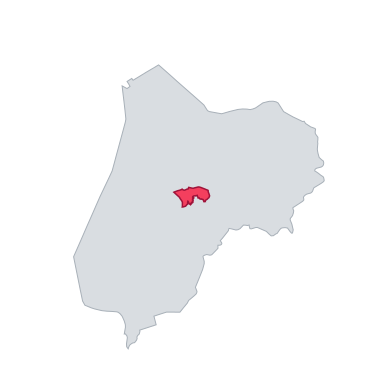 location of Al-Falluja, Al-Anbar, Iraq, rotated 73°
{"feature_id": "34846034B2556059967776", "entity_name": "Al-Falluja", "entity_type": "district", "adm_level": 2, "iso_a3": "IRQ", "parent_name": "Iraq", "parent_adm1": "Al-Anbar", "projection": "natural_earth1", "projection_center": [43.931, 33.191], "detail": "fine", "context": "in_parent", "style": "filled", "palette": "rose", "viewbox_px": 384, "rotation_deg": 73, "n_neighbors": 0, "source": "geoboundaries", "source_scale": "gbopen_adm2", "svg_char_len": 5682}
<svg xmlns="http://www.w3.org/2000/svg" viewBox="0 0 384 384"><g transform="rotate(73 192 192)"><path d="M157.1,64.1L159.7,63.4L164.4,59.5L167.2,55.8L168.1,55.5L170.6,56.7L172.4,57.0L176.5,55.6L178.9,56.4L181.0,57.3L182.1,57.4L187.6,59.6L189.0,59.9L191.8,60.2L196.1,60.3L198.8,58.8L200.7,57.4L202.1,57.4L203.4,57.8L204.5,58.4L205.4,59.5L205.9,61.0L205.7,66.0L206.1,67.3L206.9,68.2L207.8,68.4L209.0,67.3L211.0,65.7L213.5,64.0L215.3,62.5L216.3,61.9L218.0,62.0L219.6,62.2L220.5,63.0L221.4,65.6L223.6,74.2L224.9,75.3L226.3,76.3L227.3,77.6L227.7,78.8L227.6,80.9L227.6,83.2L228.2,85.0L229.0,86.4L229.8,87.0L230.9,87.1L232.3,87.4L233.2,88.8L236.1,98.7L236.4,100.0L237.7,100.4L239.7,100.2L241.7,101.2L244.0,102.8L246.1,105.8L247.5,106.3L251.8,105.9L257.8,106.3L260.6,107.9L260.4,108.9L258.2,109.9L254.4,111.2L253.3,113.3L252.7,116.1L252.8,117.6L253.8,119.3L256.5,122.7L256.6,124.0L257.1,125.7L257.6,126.8L257.1,129.1L254.6,130.7L251.4,132.4L245.0,139.9L244.6,141.5L244.6,146.0L244.0,147.3L241.9,147.3L240.3,147.0L240.3,148.6L239.3,150.7L238.7,152.5L241.1,156.8L241.5,159.1L241.2,161.1L239.0,164.7L237.7,167.1L238.0,167.6L239.7,168.6L245.1,176.4L246.8,179.2L249.1,178.5L249.9,178.5L250.6,179.0L251.0,179.9L251.0,181.1L250.5,182.8L253.4,183.6L254.4,185.3L257.8,191.5L257.7,193.3L256.1,196.2L256.1,198.1L256.4,199.8L257.0,200.4L261.9,200.6L264.1,201.3L269.2,204.5L275.2,209.3L280.0,213.2L284.1,216.6L288.5,216.3L289.7,216.9L290.8,218.0L292.1,220.7L294.7,226.9L296.9,229.0L300.2,234.0L303.4,238.7L301.4,245.0L299.4,251.6L299.5,260.1L299.6,264.7L303.8,264.9L308.5,265.1L308.6,270.6L308.7,276.1L308.8,282.4L310.2,282.6L312.4,284.0L313.4,286.0L314.6,287.1L316.0,287.3L317.4,288.3L318.8,290.1L319.3,291.5L319.0,292.4L319.3,294.1L320.3,296.5L321.5,297.6L323.3,298.9L320.9,299.7L318.2,299.1L312.4,296.4L310.5,296.3L308.1,297.3L308.0,298.3L301.9,295.2L299.7,294.6L298.9,294.5L295.4,294.5L290.5,295.1L287.5,296.3L285.5,297.7L284.6,299.0L284.3,299.7L282.8,303.5L281.0,308.5L279.1,312.9L275.4,319.2L273.4,322.1L269.0,327.5L264.3,328.5L253.3,327.5L241.1,326.3L228.9,325.1L219.8,324.2L219.1,324.0L210.2,316.3L203.1,310.2L194.3,302.7L185.3,294.9L176.2,287.1L169.6,281.4L161.6,274.1L154.3,267.4L148.5,262.2L141.2,257.6L135.4,254.0L127.0,248.7L120.3,244.5L114.6,240.9L105.8,235.4L102.9,233.9L93.7,232.1L85.0,230.5L76.0,228.9L70.1,227.8L74.1,223.9L72.9,220.4L70.0,221.0L67.3,221.8L65.8,216.4L67.9,215.7L66.1,208.5L64.2,201.2L62.5,194.1L60.7,186.8L68.3,182.1L74.0,178.6L82.0,173.8L89.6,169.1L96.9,164.6L105.0,159.6L112.2,155.2L118.7,153.4L120.1,152.0L123.2,146.0L125.8,140.9L125.9,139.7L126.0,132.4L126.5,123.8L127.4,119.3L128.8,115.2L130.2,112.3L130.4,109.5L130.2,106.7L128.9,102.5L127.5,98.1L127.7,93.8L127.9,91.5L128.9,87.9L130.4,85.2L132.1,83.6L138.3,81.9L141.9,80.9L146.9,76.2L149.8,73.4L153.9,68.9L156.9,65.7L157.1,64.5L157.1,64.1Z" fill="#d9dde1" stroke="#a8b0b8" stroke-width="1"/><path d="M194.4,205.4L194.7,205.3L195.0,205.2L195.4,205.1L195.9,204.9L196.5,204.7L197.0,204.6L197.9,204.3L198.4,204.2L198.6,204.2L198.9,204.2L199.3,204.3L199.8,204.4L200.9,204.8L201.3,204.9L202.0,205.1L203.1,205.5L203.5,205.7L203.6,205.3L203.7,204.7L203.7,204.0L203.7,203.5L203.7,202.7L203.6,202.1L203.5,201.9L203.3,201.7L202.9,201.0L202.6,200.7L202.5,200.3L202.3,199.7L202.1,199.7L201.9,199.6L201.6,199.6L201.3,199.4L200.8,199.3L200.6,199.1L200.4,199.1L200.1,199.0L200.0,198.9L199.6,198.6L199.9,198.4L200.1,198.4L200.3,198.4L200.5,198.4L201.1,198.3L201.3,198.3L201.8,198.2L202.2,198.1L202.5,198.1L202.9,197.8L203.2,197.5L203.6,197.2L203.4,197.1L203.2,197.0L202.8,196.9L202.7,196.8L202.7,196.7L203.0,196.5L203.2,196.4L203.3,196.4L203.2,196.2L202.9,196.2L202.7,196.1L202.3,196.0L202.2,195.9L202.1,195.6L202.2,195.3L202.1,195.2L201.9,195.2L201.7,195.0L201.6,194.9L201.5,194.7L201.9,194.5L202.1,194.4L202.3,194.4L202.2,194.2L201.7,194.1L201.4,194.0L201.3,193.9L200.9,193.6L200.7,193.5L200.3,193.4L200.1,193.3L199.9,193.3L199.8,193.5L199.7,193.8L199.4,193.7L199.1,193.6L198.9,193.5L198.9,193.4L198.7,193.1L198.7,192.7L198.5,192.3L198.3,192.1L198.2,192.0L197.6,192.0L197.6,192.3L197.7,192.6L197.7,192.8L197.6,193.0L197.3,193.0L197.0,192.9L196.7,192.7L196.5,192.3L196.4,192.1L196.3,191.7L196.3,191.2L196.4,190.5L196.6,190.2L196.5,189.9L196.8,189.6L196.9,189.4L196.8,189.0L196.7,188.8L196.7,188.0L197.5,188.0L197.9,188.0L198.8,187.9L199.2,187.9L199.5,187.9L199.5,187.6L199.6,187.3L199.6,187.2L199.7,186.9L199.8,186.8L200.2,186.8L200.4,186.8L200.5,186.7L200.9,186.5L201.0,186.3L201.1,186.1L201.3,185.9L201.3,185.7L201.5,185.4L201.6,185.1L201.5,184.9L201.7,184.7L201.8,184.6L202.0,184.2L202.2,183.9L202.3,183.7L202.7,183.5L202.8,183.6L203.0,183.6L203.3,183.6L203.8,183.5L204.2,183.5L204.3,183.5L204.8,183.4L205.0,182.1L204.7,182.1L204.3,182.0L204.2,181.9L204.0,181.7L203.9,181.5L203.9,181.4L203.8,181.1L203.7,180.7L203.6,180.4L203.5,180.1L203.3,179.4L203.2,179.3L202.9,178.7L202.6,178.2L202.5,177.9L202.4,177.5L201.6,176.9L200.9,176.3L199.9,176.3L198.3,176.3L197.4,176.4L196.6,176.4L195.8,176.3L195.7,176.3L195.2,176.1L194.7,176.6L194.0,177.5L193.5,178.2L192.9,178.8L192.5,179.4L192.1,179.8L191.8,180.3L191.5,180.6L191.1,181.1L190.7,181.7L190.3,182.1L190.1,182.5L189.6,183.1L189.4,183.6L189.2,184.0L189.0,184.5L189.0,185.0L188.9,185.5L189.0,186.0L188.9,186.3L188.9,186.7L188.9,187.2L188.8,187.5L188.8,188.1L188.8,188.7L188.8,189.6L188.8,189.8L188.7,189.9L188.4,190.7L187.4,192.4L187.1,193.0L186.6,193.7L186.9,194.1L187.7,194.5L188.0,195.0L187.8,195.6L187.8,196.4L188.0,197.3L188.1,198.6L187.7,199.5L186.9,200.3L186.5,200.8L186.4,200.8L186.6,201.3L186.7,203.1L186.6,205.2L186.8,208.7L186.9,209.4L193.0,205.8L193.3,205.6L193.5,205.5L193.9,205.4L194.2,205.4L194.4,205.4Z" fill="#f43f5e" stroke="#9f1239" stroke-width="1.5"/></g></svg>